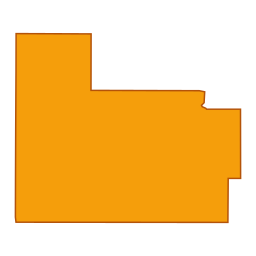 Carter, Oklahoma, United States of America (Albers equal-area conic projection)
{"feature_id": "52423323B10262331095216", "entity_name": "Carter", "entity_type": "district", "adm_level": 2, "iso_a3": "USA", "parent_name": "United States of America", "parent_adm1": "Oklahoma", "projection": "albers", "projection_center": [-97.204, 34.289], "detail": "fine", "context": "isolated", "style": "filled", "palette": "amber", "viewbox_px": 256, "rotation_deg": 0, "n_neighbors": 0, "source": "geoboundaries", "source_scale": "gbopen_adm2", "svg_char_len": 358}
<svg xmlns="http://www.w3.org/2000/svg" viewBox="0 0 256 256"><path d="M240.5,109.2L206.5,109.2L205.8,108.3L202.2,106.7L201.5,105.3L204.1,102.7L204.7,91.8L199.2,90.7L91.0,90.4L91.1,33.9L16.1,33.6L16.0,71.6L15.7,127.9L15.5,178.2L15.4,217.1L16.0,222.2L227.9,222.4L228.2,178.4L240.6,178.4L240.5,109.2Z" fill="#f59e0b" stroke="#b45309" stroke-width="1.5"/></svg>